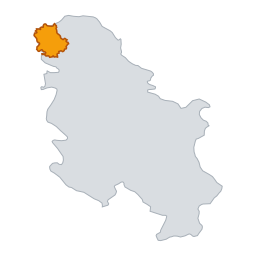 Republic of Serbia, with Zapadno-Backi highlighted
{"feature_id": "SRB-273", "entity_name": "Zapadno-Backi", "entity_type": "District", "adm_level": 1, "iso_a3": "SRB", "parent_name": "Republic of Serbia", "parent_adm1": "", "projection": "natural_earth1", "projection_center": [19.294, 45.728], "detail": "fine", "context": "in_parent", "style": "filled", "palette": "amber", "viewbox_px": 256, "rotation_deg": 0, "n_neighbors": 0, "source": "natural_earth", "source_scale": "10m", "svg_char_len": 6198}
<svg xmlns="http://www.w3.org/2000/svg" viewBox="0 0 256 256"><path d="M147.7,92.1L155.1,94.2L158.5,96.2L160.2,98.7L165.0,100.4L172.6,101.3L178.0,103.9L181.0,108.4L185.9,107.3L192.6,100.7L199.2,99.0L205.8,102.1L209.4,104.8L210.0,106.8L208.5,107.6L204.9,107.2L201.9,108.5L199.6,111.4L199.3,114.5L201.0,117.8L203.3,120.1L206.3,121.3L207.9,123.0L208.2,125.2L209.0,125.8L207.3,126.8L205.4,128.3L204.4,131.0L204.2,135.2L198.4,138.4L196.2,139.1L195.3,141.2L193.8,147.4L194.1,152.0L194.9,154.4L195.3,156.3L197.2,158.7L199.0,162.3L200.2,167.1L202.7,170.8L209.3,174.5L212.5,176.6L214.9,179.7L216.8,182.5L222.2,186.2L221.8,188.8L220.7,191.4L219.4,192.6L216.8,195.9L214.3,197.8L210.1,203.7L203.3,204.0L201.7,204.4L199.2,206.0L197.9,209.0L199.2,211.3L199.1,213.7L197.9,218.3L199.6,223.3L202.0,225.5L202.4,226.9L202.0,229.2L198.5,233.9L197.5,235.6L193.9,236.5L192.7,236.1L190.8,234.4L189.1,233.9L184.9,235.9L180.5,237.0L177.1,236.1L173.8,236.0L171.4,236.8L169.7,237.1L166.2,239.2L160.7,240.6L158.2,240.3L157.2,238.4L156.1,235.7L156.6,234.4L160.3,232.3L160.7,230.2L165.7,220.3L166.6,217.0L166.7,216.0L165.3,215.3L162.5,215.3L150.1,211.3L150.6,206.7L146.9,204.2L143.0,202.0L142.3,199.5L137.9,194.5L134.7,191.7L130.6,190.3L127.1,188.2L125.0,187.0L124.0,184.7L124.0,183.3L122.9,181.9L121.2,182.1L118.4,183.9L114.9,185.5L114.3,186.7L115.6,189.5L116.5,191.2L116.1,192.9L115.0,195.0L108.2,199.7L107.4,201.3L108.7,203.9L107.9,205.2L102.3,206.9L102.4,205.4L102.0,203.1L98.8,200.7L94.2,198.8L83.9,192.3L80.0,191.4L76.5,190.7L71.5,187.5L68.9,187.0L66.0,184.8L59.8,177.2L54.5,173.2L50.9,171.1L49.9,169.1L49.6,167.0L49.8,166.3L52.5,163.4L54.6,162.9L57.3,162.8L59.1,164.3L61.5,164.6L62.8,162.7L63.4,160.0L63.1,156.5L57.5,148.4L52.6,142.7L52.1,141.5L53.1,140.4L54.8,139.9L56.6,140.3L61.4,140.7L65.9,140.2L67.4,138.8L67.5,137.0L65.8,135.3L60.5,130.6L56.3,126.5L51.5,123.4L47.9,122.1L46.8,120.5L46.3,118.8L46.7,115.7L47.0,111.7L47.8,109.2L51.1,104.5L54.2,99.5L56.1,94.7L57.1,90.3L56.8,89.0L55.1,88.0L51.7,87.1L47.0,87.9L42.9,89.5L41.3,89.6L40.8,87.7L41.4,86.8L42.7,86.9L43.7,87.3L44.9,86.3L45.5,83.7L43.9,74.3L46.9,73.5L46.9,72.1L47.2,70.9L50.3,72.6L54.7,72.6L58.5,72.3L59.1,71.3L59.1,70.0L58.3,69.0L56.9,68.1L55.9,66.8L53.3,66.3L45.2,62.9L41.3,59.3L41.4,55.5L42.6,53.4L43.9,52.7L43.5,52.0L39.0,50.2L37.4,47.8L38.7,44.7L36.3,38.3L33.8,34.4L36.3,32.7L36.6,30.3L36.8,28.9L37.8,28.9L41.8,27.3L43.2,26.0L44.1,24.5L45.0,24.1L47.7,25.8L50.5,25.9L53.6,24.8L55.9,23.4L58.7,22.2L60.0,21.3L61.6,20.0L64.9,16.2L68.6,15.4L73.6,16.3L79.0,16.7L83.0,15.8L93.2,16.9L95.4,17.8L96.9,18.8L99.6,22.1L102.1,26.4L105.7,28.4L110.0,30.7L112.2,32.5L115.4,37.6L118.0,40.1L118.8,40.0L119.7,39.3L120.3,38.8L120.9,39.3L121.0,40.8L121.2,44.3L120.6,48.0L121.5,51.5L121.5,52.6L120.9,53.6L121.0,54.5L121.9,55.4L125.4,57.7L128.6,61.3L132.3,63.8L135.7,65.4L137.9,65.5L141.5,68.3L148.5,70.4L150.7,71.1L152.3,72.3L153.4,73.7L153.5,75.2L152.4,75.9L150.9,77.9L150.3,80.3L149.2,80.9L148.1,80.9L147.3,81.6L147.5,82.7L148.4,83.7L149.9,84.6L152.7,85.5L155.5,86.8L155.5,87.8L154.9,89.0L151.4,89.4L148.8,89.6L147.6,90.1L147.7,92.1Z" fill="#d9dde1" stroke="#a8b0b8" stroke-width="1"/><path d="M51.7,26.3L52.9,26.1L53.4,25.5L53.6,24.8L54.0,24.1L54.5,23.7L54.6,23.9L54.7,24.0L55.0,24.2L55.1,24.3L55.3,24.7L55.4,24.9L55.7,25.3L55.8,25.4L55.8,25.5L56.2,25.5L56.3,25.5L56.4,25.8L56.3,26.1L56.3,26.3L56.6,27.2L56.7,27.3L56.6,27.5L56.4,27.7L56.3,27.8L56.2,27.9L56.1,28.1L56.0,28.4L56.0,28.5L56.1,28.9L56.3,29.2L56.5,29.6L56.6,30.0L56.7,30.5L56.8,31.1L56.7,31.5L56.8,31.6L56.8,31.9L56.9,32.0L56.8,32.4L56.8,32.6L56.9,32.8L57.0,32.9L57.2,33.2L57.5,33.5L57.9,33.9L58.1,34.1L58.6,34.3L58.8,34.5L59.0,34.7L59.3,35.0L59.5,35.1L59.9,35.5L60.0,35.7L60.3,36.0L60.5,36.3L60.3,36.8L60.3,37.0L60.6,37.3L60.7,37.5L60.8,37.7L60.8,37.9L60.8,38.1L61.0,38.3L61.6,38.7L62.0,38.9L62.4,39.2L62.7,39.4L62.8,39.5L63.0,39.5L63.4,39.5L63.6,39.3L63.7,39.2L63.9,38.9L64.1,38.7L64.4,38.5L64.5,38.5L64.6,38.4L64.9,38.4L65.0,38.5L65.5,38.8L66.0,39.3L66.6,39.5L66.9,39.7L67.1,39.8L66.9,40.1L66.3,40.6L66.2,40.7L66.1,40.8L66.1,41.1L66.1,41.3L66.2,41.5L66.3,41.6L66.9,42.0L67.1,42.1L67.7,42.3L67.9,42.3L68.0,42.5L68.3,43.0L68.5,43.3L68.6,43.5L68.6,43.8L68.0,44.1L67.5,44.4L67.1,45.1L66.9,45.5L66.5,46.0L66.4,46.1L66.2,46.4L66.1,46.5L66.1,46.8L66.3,47.2L66.4,47.4L66.4,47.5L66.5,47.6L66.4,48.0L66.4,48.5L66.2,48.8L65.8,49.0L65.5,49.0L65.0,49.0L64.9,49.0L64.7,49.1L64.5,49.3L64.5,49.5L64.4,49.6L64.4,50.0L64.3,50.3L64.0,50.6L63.9,50.9L63.8,51.0L63.7,51.1L63.0,51.5L62.8,51.6L62.7,51.6L62.4,51.6L62.0,51.2L61.9,51.2L61.3,50.9L61.1,50.8L61.0,50.7L60.9,50.7L60.7,50.8L60.2,51.1L59.6,51.3L58.8,51.5L58.9,52.1L59.0,52.3L59.0,53.1L58.8,53.1L58.5,53.2L57.8,53.5L57.2,53.9L57.1,54.0L57.1,54.4L57.1,54.5L57.1,54.8L57.2,55.0L57.1,55.3L57.2,55.5L57.5,55.8L57.5,56.0L57.6,56.3L57.6,56.5L57.5,56.9L57.5,57.1L56.6,56.9L56.3,56.8L56.1,56.8L55.8,56.8L55.4,56.8L55.1,56.9L54.8,57.0L54.7,57.0L54.4,57.0L54.3,56.9L54.1,56.9L54.0,56.7L53.9,56.5L53.4,56.0L53.3,55.9L53.1,55.9L52.9,56.0L52.7,56.3L52.7,56.6L52.6,56.8L52.4,56.8L52.2,56.8L51.8,56.8L51.7,56.8L51.4,57.0L51.0,57.1L50.9,57.1L50.3,57.2L50.2,57.2L49.9,57.3L49.7,57.3L49.6,57.2L49.4,56.9L49.4,56.7L49.2,56.3L49.0,56.2L48.2,55.8L48.0,55.7L47.9,55.8L47.5,55.9L47.3,56.0L47.1,56.0L46.6,56.0L46.3,56.0L46.1,56.0L46.0,55.9L45.9,55.8L45.8,55.7L45.7,55.7L45.6,55.2L45.4,55.0L45.2,54.9L44.9,55.0L44.7,54.9L44.2,54.6L43.8,54.3L43.7,54.2L43.3,54.2L43.2,54.3L42.8,54.6L42.7,54.6L42.4,54.5L42.2,54.3L41.9,54.1L41.8,53.9L41.9,53.7L44.5,54.0L45.8,52.9L45.3,52.1L44.8,51.8L44.1,51.7L43.3,51.3L42.9,51.0L42.7,50.7L42.6,50.4L42.3,50.0L41.9,49.7L41.5,49.8L41.1,50.1L40.3,50.4L39.8,50.9L39.3,51.3L38.4,51.3L38.0,51.0L37.1,49.7L36.7,49.4L36.9,48.9L36.9,47.8L37.1,46.7L37.7,46.3L38.2,45.9L39.4,44.4L39.6,43.9L39.4,43.1L38.7,42.6L38.0,42.2L37.3,41.8L37.0,41.0L36.8,39.3L36.6,38.4L35.3,37.0L35.0,36.5L34.3,35.9L34.1,35.5L34.2,35.3L34.3,35.0L34.4,34.7L34.6,33.1L36.0,33.0L36.6,32.9L36.9,32.5L36.8,32.1L36.3,31.6L35.4,31.0L35.8,30.6L36.1,30.3L36.9,29.8L36.6,28.9L39.4,29.1L40.3,29.5L40.5,29.4L40.6,29.2L40.5,28.9L40.1,28.4L40.1,28.2L40.3,27.8L41.3,27.1L42.5,27.3L43.3,27.1L43.3,25.4L44.0,24.3L45.1,23.9L46.1,24.3L46.7,25.4L47.7,25.9L51.7,26.3Z" fill="#f59e0b" stroke="#b45309" stroke-width="1.5"/></svg>